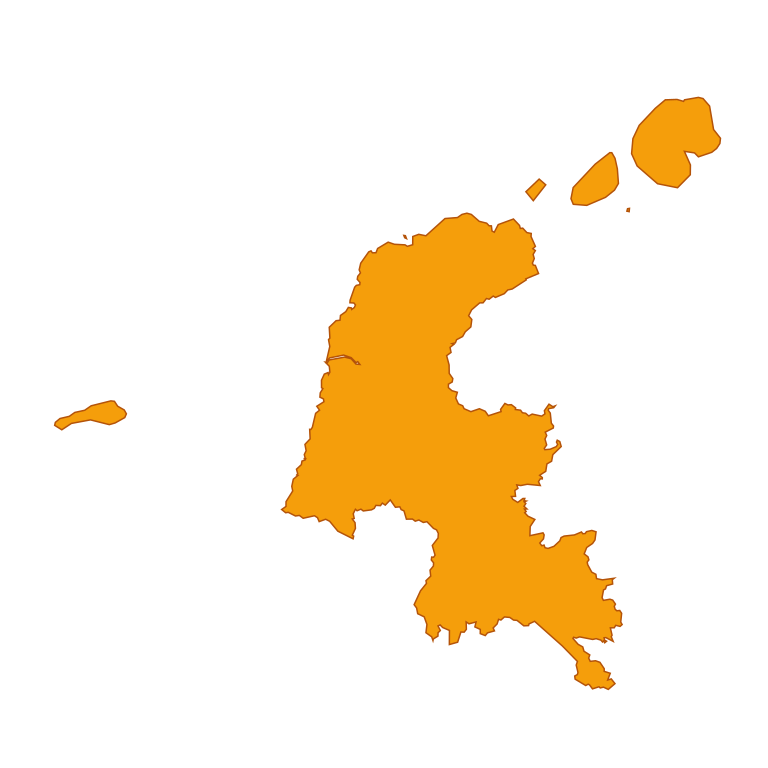 outline of Nadroga-Navosa, Western, Fiji, rotated 92°
{"feature_id": "14151628B53702400461405", "entity_name": "Nadroga-Navosa", "entity_type": "district", "adm_level": 2, "iso_a3": "FJI", "parent_name": "Fiji", "parent_adm1": "Western", "projection": "robinson", "projection_center": [177.707, -18.082], "detail": "fine", "context": "isolated", "style": "filled", "palette": "amber", "viewbox_px": 768, "rotation_deg": 92, "n_neighbors": 0, "source": "geoboundaries", "source_scale": "gbopen_adm2", "svg_char_len": 6151}
<svg xmlns="http://www.w3.org/2000/svg" viewBox="0 0 768 768"><g transform="rotate(92 384 384)"><path d="M268.2,233.4L260.2,236.9L260.0,238.9L258.0,239.9L253.4,238.2L249.3,239.5L245.4,237.4L243.6,240.0L241.2,237.5L231.5,242.2L228.4,242.1L227.7,246.5L223.4,250.8L223.8,253.2L220.8,254.1L214.6,260.4L220.7,275.4L228.5,279.1L227.3,281.4L222.2,282.2L222.2,284.5L219.7,287.0L218.1,294.5L211.5,302.6L210.4,307.1L211.8,312.0L215.1,316.4L216.5,328.8L234.4,347.3L233.2,354.5L235.6,360.4L243.8,360.2L245.6,365.5L244.2,367.8L244.0,378.5L242.1,384.8L248.8,395.1L253.1,396.6L253.3,400.2L251.4,401.6L252.5,403.9L264.1,411.5L270.8,412.8L273.8,411.4L277.3,414.0L280.3,414.4L283.4,411.5L285.6,411.7L286.4,415.1L288.3,416.7L301.4,420.8L304.0,420.9L304.1,416.9L306.0,415.3L308.6,416.3L310.6,418.9L309.1,419.3L308.7,422.3L313.0,424.7L317.0,429.9L321.8,430.2L322.4,434.1L329.2,440.7L340.0,439.7L341.6,441.0L348.4,439.5L363.3,442.4L359.8,439.2L356.5,425.3L358.8,417.7L363.6,412.7L362.6,411.0L365.3,408.8L365.1,412.7L359.9,417.7L358.5,424.3L361.9,439.7L364.6,441.3L364.3,443.3L368.2,439.3L374.1,438.5L376.5,439.8L374.5,440.3L376.2,444.0L382.4,446.6L389.9,446.3L390.7,444.9L395.1,447.4L399.4,447.6L401.0,444.0L403.8,443.4L408.6,450.4L412.4,447.5L415.7,451.3L429.8,454.1L432.0,455.5L431.9,456.7L441.4,455.9L447.1,460.9L453.4,459.5L457.3,461.2L461.2,460.1L461.4,461.8L461.3,460.1L460.7,459.3L462.7,460.2L463.9,463.3L467.5,463.8L472.2,468.5L476.7,467.1L477.9,468.0L478.3,466.8L482.3,471.3L489.5,472.6L494.1,471.5L505.0,477.8L509.8,477.7L513.0,481.9L516.1,477.8L515.6,475.2L519.0,467.9L518.3,464.0L521.0,460.1L518.1,448.9L519.9,445.8L523.8,444.0L521.2,437.6L523.1,433.5L532.7,425.0L539.8,409.5L537.1,409.0L536.2,410.4L529.3,407.5L523.6,408.1L520.0,411.0L519.4,409.1L514.7,410.2L510.2,408.2L511.6,406.5L509.9,402.7L511.6,400.3L510.2,392.1L508.6,389.4L505.6,387.9L505.7,383.3L503.1,381.5L505.0,378.5L499.6,373.7L506.8,368.3L506.2,363.9L508.9,362.5L510.1,359.6L518.3,356.9L518.0,350.8L520.0,348.0L518.7,344.4L521.0,339.9L520.1,336.3L526.6,329.5L527.9,326.4L531.4,324.5L536.0,324.6L543.7,330.1L553.3,327.0L555.4,328.4L555.3,330.3L558.2,330.6L561.0,328.2L564.2,328.3L568.4,331.5L574.4,330.6L579.1,335.2L581.8,334.6L589.4,340.3L603.5,346.2L606.7,343.6L612.4,342.3L615.3,335.7L622.8,332.7L631.1,333.4L635.0,327.5L638.7,326.1L637.1,325.8L634.1,321.3L630.7,321.3L628.4,319.1L623.9,321.6L622.8,319.5L625.3,316.9L628.0,310.0L642.1,309.6L639.5,301.4L629.2,298.5L629.2,295.2L626.3,293.1L618.9,293.6L620.7,290.7L618.6,283.7L623.6,284.7L625.9,279.2L630.1,279.1L631.9,274.0L629.1,271.9L626.9,265.0L624.0,266.4L619.9,262.6L615.2,261.3L615.8,258.9L612.6,255.5L612.9,250.1L615.4,246.3L615.6,242.8L620.8,235.8L620.4,231.1L618.7,230.7L615.9,225.2L639.6,196.6L654.5,181.0L658.2,182.1L665.5,180.1L667.6,180.6L669.2,183.2L672.3,182.7L678.3,171.9L676.9,169.5L677.5,168.1L681.4,165.0L679.1,158.6L680.2,157.3L679.3,154.1L681.4,149.2L675.4,142.7L670.8,146.6L672.0,150.1L665.2,147.8L663.5,153.9L660.8,154.0L654.6,158.5L653.2,162.9L654.0,168.2L650.8,169.9L647.6,168.9L644.1,174.8L639.8,176.2L637.4,180.9L631.7,186.3L630.5,185.7L631.2,183.0L629.9,179.7L632.0,166.5L631.1,163.1L632.4,158.3L634.2,156.6L633.0,155.5L634.9,154.4L633.3,152.6L632.2,154.7L629.9,155.2L629.7,153.4L633.2,146.0L628.6,148.1L627.1,147.3L619.8,149.3L619.6,145.4L617.1,144.0L618.0,139.6L616.1,137.6L613.7,139.1L604.9,138.5L602.1,140.5L602.5,143.4L601.0,145.2L598.1,146.1L595.9,145.0L592.0,147.9L591.2,150.7L592.6,157.2L589.9,158.6L582.1,157.4L581.1,155.5L577.8,154.5L575.9,148.5L571.6,149.0L570.1,147.2L572.1,158.8L571.1,164.8L566.8,165.6L564.8,169.8L557.5,174.1L554.9,174.7L552.6,173.1L549.6,174.1L546.8,178.0L540.3,175.7L536.1,170.0L532.5,167.7L524.3,166.9L523.1,171.2L524.5,176.5L526.4,177.7L526.7,180.1L525.0,181.5L528.2,188.4L529.7,198.7L531.3,201.7L534.6,202.8L540.3,208.5L542.6,214.3L542.0,217.4L539.4,218.4L540.1,220.7L537.5,222.8L533.2,219.2L529.2,218.7L527.2,219.9L530.5,232.9L521.3,232.9L514.1,228.5L511.1,235.5L507.7,238.9L506.5,237.5L504.1,239.3L503.9,236.8L501.3,239.8L498.5,238.1L497.0,239.7L496.0,237.8L495.7,240.0L493.5,239.3L493.6,241.2L497.7,246.2L494.7,251.3L492.0,252.8L491.7,248.6L485.8,249.5L483.6,246.5L480.2,247.8L480.7,243.8L479.2,237.3L480.0,224.3L476.2,226.2L473.3,224.5L473.3,222.5L472.0,222.5L469.8,225.3L465.6,219.3L458.2,218.4L455.3,213.8L448.7,212.8L440.3,204.7L435.4,206.3L434.1,208.9L436.0,209.6L438.4,208.3L440.6,209.7L443.4,215.7L444.0,221.0L442.8,221.6L439.2,219.3L433.4,221.2L429.8,219.6L426.5,221.2L422.1,213.3L420.1,213.1L417.3,215.4L407.3,216.8L404.5,219.0L402.9,218.6L401.8,213.6L399.9,212.2L400.8,214.4L398.4,218.4L405.1,222.8L408.2,222.1L410.6,225.3L408.9,234.9L410.9,238.2L408.3,241.4L407.9,244.7L405.4,246.6L404.9,251.9L403.3,251.6L400.2,256.0L400.6,259.4L399.2,262.5L405.3,266.6L407.5,266.0L412.1,278.6L407.7,281.9L405.4,287.8L408.6,296.2L405.9,303.1L403.0,304.6L401.3,308.9L395.5,311.8L389.7,310.4L388.3,315.9L385.4,319.5L381.9,319.6L379.6,315.9L376.2,315.4L371.1,319.2L362.7,319.6L353.5,322.4L350.1,318.1L345.1,319.3L342.0,315.6L341.3,317.3L340.4,314.1L337.2,313.0L333.8,307.1L329.0,304.6L323.9,299.2L316.5,298.5L312.8,301.8L306.8,299.0L299.6,291.2L299.4,287.8L295.0,284.6L295.6,281.9L292.3,277.9L293.6,275.7L289.5,266.9L285.7,263.6L284.6,259.2L275.0,245.5L274.0,246.0L268.2,233.4ZM141.0,64.5L137.0,59.8L131.9,56.7L126.7,56.3L118.2,63.5L94.9,68.3L87.6,75.1L86.6,79.8L89.5,93.6L91.1,94.5L89.4,101.1L90.2,112.8L99.0,122.5L116.6,138.0L130.1,143.8L145.2,144.6L157.3,138.6L174.3,117.6L177.6,97.5L164.2,85.2L154.4,85.4L141.0,91.9L142.2,81.7L146.0,77.7L141.0,64.5ZM197.8,201.1L198.4,187.6L189.7,169.1L182.2,160.4L175.4,156.7L160.8,158.3L150.4,161.0L144.9,164.4L144.9,166.4L156.9,180.6L181.1,201.8L192.3,203.6L197.8,201.1ZM436.8,711.7L441.0,704.4L434.3,695.0L430.1,676.1L434.2,657.1L432.3,651.3L426.6,641.9L422.8,640.4L419.0,642.7L415.5,649.4L410.7,652.8L410.4,656.4L416.0,675.9L420.7,682.2L423.2,692.0L427.3,697.4L429.8,706.6L433.8,711.1L436.8,711.7ZM195.6,241.2L179.3,229.3L173.8,236.1L186.9,248.9L195.6,241.2ZM202.8,147.3L203.2,145.0L199.9,144.8L200.3,146.7L202.8,147.3ZM234.8,369.4L237.1,368.4L237.9,366.6L235.0,367.8L234.8,369.4Z" fill="#f59e0b" stroke="#b45309" stroke-width="1.5"/></g></svg>